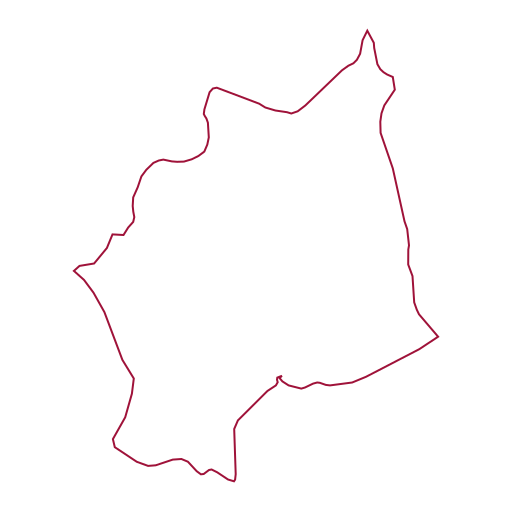 an SVG outline of Coclé
{"feature_id": "PAN-1336", "entity_name": "Coclé", "entity_type": "Province", "adm_level": 1, "iso_a3": "PAN", "parent_name": "Panama", "parent_adm1": "", "projection": "orthographic", "projection_center": [-80.432, 8.569], "detail": "fine", "context": "isolated", "style": "outline", "palette": "rose", "viewbox_px": 512, "rotation_deg": 0, "n_neighbors": 0, "source": "natural_earth", "source_scale": "10m", "svg_char_len": 1532}
<svg xmlns="http://www.w3.org/2000/svg" viewBox="0 0 512 512"><path d="M438.1,336.7L419.4,349.1L398.4,360.0L366.0,376.8L352.2,382.5L330.0,385.4L325.8,384.9L319.8,382.8L317.2,382.5L313.1,383.6L305.0,387.5L301.3,388.6L288.6,385.4L282.4,381.4L279.6,378.1L281.9,375.8L277.3,377.6L277.0,379.7L277.7,382.2L275.9,385.4L267.4,391.0L237.9,420.4L234.2,429.0L235.7,474.2L235.1,479.6L234.0,481.3L228.0,479.5L217.2,472.3L211.6,469.5L209.0,470.0L203.7,474.0L200.9,474.3L196.7,471.2L187.9,461.7L181.4,459.0L172.8,459.6L155.7,465.3L148.1,465.9L136.8,461.8L114.8,447.2L112.9,439.1L125.2,417.3L131.9,393.7L133.8,378.5L122.4,359.9L104.4,312.1L93.5,292.7L84.0,279.9L73.9,270.9L79.5,265.9L94.1,263.5L106.9,248.0L112.5,234.4L123.5,235.0L128.2,227.5L133.2,221.9L134.3,217.1L133.3,211.8L132.7,206.0L133.2,197.4L137.7,187.3L141.4,176.4L146.3,169.8L153.4,162.9L158.8,160.5L163.3,159.6L171.9,161.4L177.1,161.8L183.9,161.6L191.7,159.3L198.4,156.0L204.3,151.6L207.3,144.6L208.8,137.4L207.9,122.7L206.4,118.5L204.8,116.0L203.8,114.0L204.4,109.4L209.6,92.2L212.9,88.5L216.8,87.7L259.2,103.7L265.3,107.5L275.4,110.5L287.0,112.2L291.3,113.5L297.7,111.3L305.3,105.5L342.0,70.3L348.4,65.7L353.4,63.3L356.9,59.8L360.1,53.8L362.6,40.2L367.3,30.7L373.8,42.8L374.2,48.0L377.4,64.2L380.3,69.2L383.5,72.2L387.1,74.5L392.8,77.0L394.8,89.7L384.3,105.4L381.5,113.3L380.3,121.7L380.6,132.9L392.8,168.4L404.5,221.3L407.2,229.1L409.0,245.4L408.3,249.5L408.2,264.5L412.5,276.1L414.2,302.4L416.8,309.7L419.0,314.3L438.1,336.7Z" fill="none" stroke="#9f1239" stroke-width="2"/></svg>